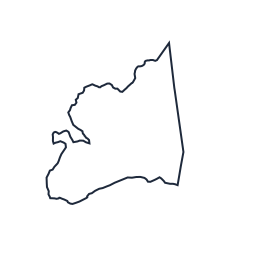 San Pedro Ocotepec, Oaxaca, Mexico (Equal Earth projection), rotated 22°
{"feature_id": "50627088B407128365288", "entity_name": "San Pedro Ocotepec", "entity_type": "district", "adm_level": 2, "iso_a3": "MEX", "parent_name": "Mexico", "parent_adm1": "Oaxaca", "projection": "equal_earth", "projection_center": [-95.854, 16.976], "detail": "fine", "context": "isolated", "style": "outline", "palette": "slate", "viewbox_px": 256, "rotation_deg": 22, "n_neighbors": 0, "source": "geoboundaries", "source_scale": "gbopen_adm2", "svg_char_len": 2211}
<svg xmlns="http://www.w3.org/2000/svg" viewBox="0 0 256 256"><g transform="rotate(22 128 128)"><path d="M78.0,101.3L76.7,102.7L73.9,105.3L72.4,107.0L73.2,109.7L72.8,112.3L69.5,115.2L70.2,119.0L69.0,121.4L70.7,123.8L70.0,126.5L67.5,127.9L67.3,130.8L67.5,133.2L66.8,135.9L68.6,138.0L70.3,139.4L73.3,142.8L76.1,145.6L79.5,146.6L82.2,147.4L84.7,147.6L87.0,148.1L87.8,149.4L88.3,150.1L89.1,150.4L89.9,150.8L90.6,151.5L91.6,151.8L92.4,152.6L94.6,153.0L96.4,153.8L98.0,156.7L94.4,157.0L91.3,156.5L88.0,157.7L86.2,159.4L82.7,161.6L80.8,159.9L77.8,157.7L74.6,154.1L73.3,153.7L71.7,153.5L69.3,155.4L67.5,157.9L67.0,158.5L66.1,159.3L65.1,159.0L63.2,158.7L61.9,158.9L60.8,160.1L60.6,162.2L61.9,164.6L63.2,168.1L64.9,170.3L66.3,168.8L68.4,167.3L70.2,165.6L73.8,165.6L76.0,166.1L77.7,169.2L76.9,173.0L76.0,177.2L75.9,180.9L76.1,184.6L76.0,187.1L74.3,191.5L73.7,194.8L71.5,196.8L71.5,200.2L71.1,204.5L73.3,209.5L75.0,213.1L78.2,216.3L79.1,219.2L80.3,220.3L81.0,220.8L82.2,222.2L86.1,220.8L88.3,220.4L90.1,219.2L90.4,218.4L91.4,218.2L92.8,218.3L95.9,218.2L99.1,218.4L100.1,219.4L102.8,219.7L105.0,219.2L107.6,217.0L110.5,214.4L115.8,208.3L116.2,207.4L115.7,206.7L116.6,203.7L118.9,202.0L121.0,198.6L122.4,197.0L124.1,195.1L127.0,193.2L130.4,189.9L132.6,187.9L136.2,183.7L146.2,174.0L150.3,172.6L154.1,170.3L157.9,168.7L162.0,168.1L164.5,168.8L166.6,170.3L168.9,169.5L172.1,166.2L173.7,164.4L175.7,161.9L177.7,162.3L181.0,163.7L182.9,164.9L187.8,164.0L190.5,162.9L192.7,162.5L195.4,162.4L193.4,153.2L191.3,143.7L190.8,141.3L188.4,129.5L157.1,75.4L156.0,73.6L134.2,33.8L129.4,54.2L128.1,55.5L126.7,55.6L125.7,55.6L124.4,56.1L123.7,56.4L123.1,56.7L122.3,57.4L120.8,58.0L119.5,58.9L119.0,59.5L118.9,59.9L118.8,60.5L119.0,61.1L119.2,61.5L119.3,62.3L119.1,63.2L118.6,64.1L118.0,64.9L117.4,65.5L116.0,66.4L115.1,66.7L114.5,67.0L114.2,67.3L113.9,67.8L113.7,68.4L113.3,69.7L113.1,72.0L113.5,73.6L113.8,75.4L116.0,79.0L115.8,80.9L115.4,83.7L115.1,84.6L114.6,85.0L113.7,86.9L112.4,89.5L111.6,91.7L110.7,93.4L109.2,96.6L107.1,97.1L103.5,95.5L101.4,96.3L99.0,96.0L96.9,94.2L94.2,93.7L92.1,94.6L89.5,97.5L87.8,99.1L86.9,100.7L85.6,101.1L84.3,100.8L81.7,101.0L78.7,100.8L78.0,101.3Z" fill="none" stroke="#1e293b" stroke-width="2"/></g></svg>